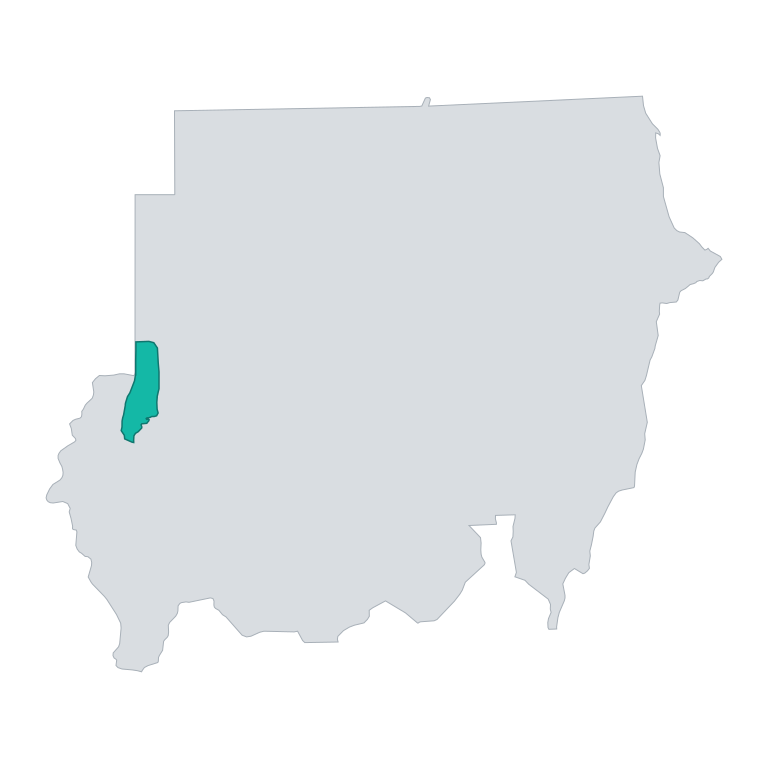 location of Um Baru, North Darfur, Sudan
{"feature_id": "16777658B26622342825559", "entity_name": "Um Baru", "entity_type": "district", "adm_level": 2, "iso_a3": "SDN", "parent_name": "Sudan", "parent_adm1": "North Darfur", "projection": "albers", "projection_center": [24.187, 15.315], "detail": "fine", "context": "in_parent", "style": "filled", "palette": "teal", "viewbox_px": 768, "rotation_deg": 0, "n_neighbors": 0, "source": "geoboundaries", "source_scale": "gbopen_adm2", "svg_char_len": 4602}
<svg xmlns="http://www.w3.org/2000/svg" viewBox="0 0 768 768"><path d="M556.7,629.0L548.9,629.3L548.0,627.5L547.8,622.5L548.5,618.6L551.1,612.4L550.3,609.1L550.5,604.4L548.2,599.1L528.9,584.4L525.0,580.3L514.9,576.8L516.4,572.4L511.0,540.8L512.9,537.0L513.2,531.4L513.0,526.5L515.0,518.3L515.2,514.8L495.5,515.4L495.4,518.9L496.4,522.8L496.4,524.3L469.0,525.5L480.5,537.6L481.1,543.0L480.8,549.8L481.1,554.2L481.8,557.0L485.0,562.5L484.9,563.6L484.2,564.9L465.3,582.2L462.3,590.1L459.8,594.2L454.4,601.2L437.0,619.5L434.1,620.8L420.5,621.8L419.2,622.3L418.1,623.1L417.5,623.0L405.5,612.9L385.5,600.9L372.7,607.8L369.2,610.3L369.3,616.3L367.4,619.4L364.0,622.9L354.4,625.2L349.4,627.1L343.5,630.6L337.8,636.4L337.4,639.4L338.1,642.0L304.8,642.6L302.6,640.5L297.6,631.2L294.2,631.9L263.9,631.2L259.6,632.3L251.0,636.2L246.6,636.9L242.1,635.2L226.0,616.9L222.5,614.7L218.9,610.3L215.5,608.4L214.3,607.0L213.9,605.1L214.0,601.0L212.9,598.5L210.3,597.9L189.0,602.3L186.0,601.9L181.5,602.6L179.9,603.4L178.1,605.8L177.9,610.9L177.3,613.4L175.7,616.2L169.6,622.5L168.3,625.3L168.6,632.1L168.2,635.6L167.3,637.2L164.6,639.9L163.6,641.4L162.6,650.3L159.3,655.6L158.5,657.5L158.3,661.3L157.8,662.5L148.0,665.6L144.4,667.5L142.2,670.5L141.6,671.8L137.5,670.7L132.2,669.9L122.0,669.0L118.0,667.6L116.0,665.5L116.7,660.1L115.7,659.0L114.1,658.0L113.0,655.7L113.2,652.9L118.6,646.8L119.7,643.5L121.1,628.0L120.7,623.2L116.5,614.5L106.9,599.5L104.5,596.5L92.5,584.1L91.1,582.2L88.2,577.0L91.5,565.6L91.7,562.4L90.9,559.1L87.9,556.7L85.1,556.4L81.6,553.3L79.3,551.9L77.2,549.1L75.8,545.4L76.9,531.9L76.3,530.1L73.2,529.5L72.5,528.6L72.6,526.0L71.0,518.3L69.2,511.9L70.2,508.4L67.7,503.6L62.8,501.5L53.2,503.0L50.3,502.7L48.2,501.7L46.8,500.0L46.1,497.9L46.8,494.8L49.6,489.0L53.0,484.4L59.9,480.1L61.8,477.9L62.9,475.3L63.1,472.4L62.6,469.3L61.9,466.5L59.9,462.8L58.1,458.4L58.1,455.5L59.0,453.3L60.8,450.8L67.7,445.9L74.7,441.8L75.9,440.3L75.5,438.6L72.3,435.2L71.3,428.5L69.6,423.9L73.1,420.4L75.8,419.2L79.9,418.2L81.5,416.7L81.9,414.0L81.8,411.3L83.3,409.3L85.3,405.1L86.9,403.2L92.2,398.3L93.4,395.1L93.8,392.0L92.4,382.6L95.5,378.7L99.4,375.5L105.0,375.8L113.7,375.1L119.6,373.8L123.9,373.8L133.5,375.6L134.5,374.8L135.0,372.3L135.1,194.7L174.3,194.7L174.8,194.4L174.5,110.8L419.8,106.4L421.8,106.0L425.4,98.1L427.0,97.5L429.5,97.8L430.4,99.6L428.6,106.1L642.5,96.2L643.5,105.7L645.7,113.2L652.4,123.8L657.9,129.3L659.9,132.5L660.2,133.9L660.1,135.4L658.4,133.8L655.7,132.9L655.6,138.0L657.5,148.4L660.1,155.7L658.9,162.5L659.8,174.0L663.4,187.7L663.4,196.5L669.1,216.8L674.2,228.0L676.8,230.6L679.6,232.0L684.9,232.6L692.9,237.9L699.4,243.7L701.7,246.8L704.9,250.1L706.9,249.3L708.1,248.3L710.3,251.0L720.3,256.5L721.9,259.3L718.6,262.3L714.9,267.4L713.3,272.0L712.3,273.5L709.3,276.5L708.8,277.9L707.5,278.9L706.0,279.0L702.8,280.8L699.8,280.5L696.8,281.5L695.8,282.7L693.4,283.7L690.2,284.5L685.4,288.5L681.1,290.7L679.7,292.3L677.9,300.0L676.3,302.0L669.8,302.6L666.7,303.5L662.3,302.9L660.1,303.1L659.7,304.8L659.3,311.3L659.6,314.1L656.3,321.7L658.2,335.5L655.2,346.0L654.9,348.4L651.8,356.9L650.1,360.0L646.4,375.6L644.9,380.4L641.3,385.6L647.3,422.3L644.7,433.7L645.2,439.9L643.4,449.1L641.8,453.4L639.1,458.7L636.9,464.5L635.2,472.1L634.5,486.3L633.9,487.6L622.2,490.0L618.5,491.2L616.1,492.9L613.3,496.7L607.8,507.0L604.9,513.2L600.4,521.9L594.9,528.1L593.8,531.0L593.1,536.4L591.4,544.9L589.8,551.1L590.3,555.9L588.9,564.4L589.4,568.4L587.5,570.8L584.8,573.1L583.0,573.7L574.4,568.5L568.8,572.7L565.4,578.3L562.8,583.9L565.0,595.4L565.0,598.0L564.3,600.8L559.3,612.4L557.9,617.7L556.6,626.8L556.7,629.0Z" fill="#d9dde1" stroke="#a8b0b8" stroke-width="1"/><path d="M157.1,397.2L157.3,395.9L157.5,395.2L158.0,392.9L158.3,391.5L159.0,388.8L159.0,386.7L159.0,385.0L159.0,381.0L159.0,372.2L159.0,371.8L158.2,362.6L158.0,358.8L157.4,348.0L153.8,342.7L148.9,341.4L135.9,341.9L135.9,348.1L135.9,350.7L135.7,360.2L135.7,363.4L135.7,364.2L135.7,365.5L135.7,368.0L135.7,372.1L135.7,372.5L135.7,374.1L135.7,375.1L135.4,375.2L135.0,378.0L134.5,380.9L129.9,392.8L127.5,396.6L125.5,403.1L125.3,404.4L125.3,405.4L123.6,414.9L122.7,417.8L122.1,421.0L122.0,427.1L121.2,430.6L124.3,435.3L124.7,438.9L132.1,442.2L133.7,442.5L133.7,441.0L133.6,440.9L133.9,435.8L135.5,433.3L138.2,431.7L141.7,428.0L141.8,426.9L141.1,424.8L141.8,423.8L144.0,423.6L146.8,423.3L147.6,422.2L148.8,420.8L149.1,419.7L148.3,419.2L146.6,419.4L146.2,418.5L147.2,417.8L148.7,417.8L150.2,417.3L151.8,416.5L154.2,416.5L156.6,415.8L158.1,413.0L157.1,409.2L156.8,402.3L157.2,397.3L157.1,397.2Z" fill="#14b8a6" stroke="#0f766e" stroke-width="1.5"/></svg>